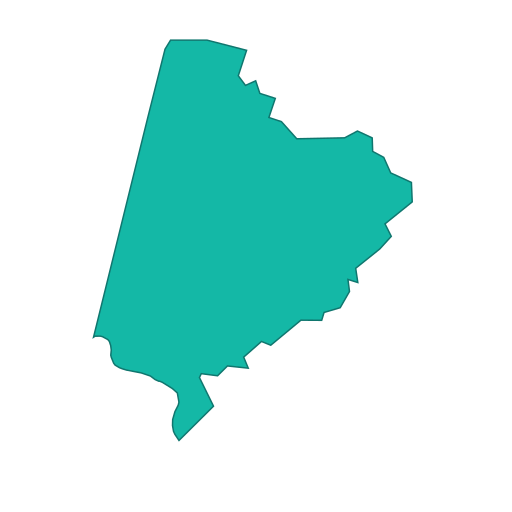 the district of Wetzel, West Virginia, United States of America, rotated 284°
{"feature_id": "52423323B41320472934354", "entity_name": "Wetzel", "entity_type": "district", "adm_level": 2, "iso_a3": "USA", "parent_name": "United States of America", "parent_adm1": "West Virginia", "projection": "equal_earth", "projection_center": [-80.719, 39.575], "detail": "fine", "context": "isolated", "style": "filled", "palette": "teal", "viewbox_px": 512, "rotation_deg": 284, "n_neighbors": 0, "source": "geoboundaries", "source_scale": "gbopen_adm2", "svg_char_len": 1039}
<svg xmlns="http://www.w3.org/2000/svg" viewBox="0 0 512 512"><g transform="rotate(284 256 256)"><path d="M137.9,118.0L139.3,119.3L140.6,124.4L140.6,126.5L139.1,132.4L137.6,134.4L133.9,136.7L129.8,138.3L124.6,139.1L122.7,140.1L117.6,143.8L116.1,145.6L114.6,150.5L114.2,153.7L114.0,158.1L114.8,173.0L114.0,182.6L111.7,188.0L111.0,191.8L111.2,192.9L110.8,195.5L107.2,206.8L104.1,212.8L95.5,216.6L92.4,216.6L85.4,215.0L77.2,214.7L71.3,216.0L65.9,218.4L63.3,220.5L58.4,225.9L100.0,251.1L124.4,230.5L128.6,231.4L130.5,247.7L142.4,254.9L145.3,275.6L154.9,268.5L174.4,282.0L173.0,291.9L204.6,315.1L209.5,335.3L217.7,335.7L226.2,350.2L244.2,355.3L255.5,350.9L254.9,361.2L268.2,355.7L292.8,374.4L307.8,382.5L318.4,373.4L346.3,394.5L365.0,389.0L369.2,366.6L382.6,356.1L385.7,343.9L398.7,340.2L401.8,324.2L392.1,313.4L379.6,267.2L392.5,248.2L393.5,235.0L413.6,236.6L414.7,220.4L425.9,213.3L419.0,204.5L426.6,195.2L453.3,197.1L453.6,156.2L444.8,120.9L434.7,117.7L364.2,117.5L137.9,118.0Z" fill="#14b8a6" stroke="#0f766e" stroke-width="1.5"/></g></svg>